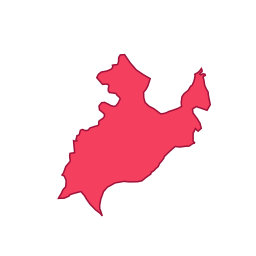 outline of Ughelli South, Delta, Nigeria, rotated 66°
{"feature_id": "59680162B30773939854921", "entity_name": "Ughelli South", "entity_type": "district", "adm_level": 2, "iso_a3": "NGA", "parent_name": "Nigeria", "parent_adm1": "Delta", "projection": "robinson", "projection_center": [5.889, 5.347], "detail": "fine", "context": "isolated", "style": "filled", "palette": "rose", "viewbox_px": 256, "rotation_deg": 66, "n_neighbors": 0, "source": "geoboundaries", "source_scale": "gbopen_adm2", "svg_char_len": 2473}
<svg xmlns="http://www.w3.org/2000/svg" viewBox="0 0 256 256"><g transform="rotate(66 128 128)"><path d="M161.8,217.2L163.0,219.0L164.0,220.2L164.8,218.0L165.4,216.8L166.2,214.5L166.2,213.0L166.2,211.5L166.3,210.1L165.3,207.9L165.8,203.5L166.8,197.4L167.4,196.6L168.8,196.3L172.0,195.3L175.6,194.9L178.9,194.3L182.3,193.6L189.6,190.9L194.7,188.1L195.1,188.0L197.9,187.3L191.7,186.6L190.8,186.8L187.4,185.5L181.8,181.7L176.1,176.2L173.7,171.1L173.2,165.3L172.9,162.2L175.0,153.7L178.0,148.2L181.0,141.0L181.9,136.7L180.8,132.9L179.8,128.2L179.4,126.0L178.0,124.8L177.6,122.0L176.7,119.7L176.3,118.9L175.5,116.0L173.3,113.7L172.1,111.0L170.1,107.5L169.0,106.8L167.2,102.1L165.4,96.8L164.1,92.4L166.4,88.5L167.9,83.5L169.4,79.4L168.6,75.3L168.5,74.7L168.9,73.6L168.5,73.2L168.4,73.1L166.6,73.9L159.4,70.7L155.9,66.6L158.3,65.9L159.4,65.2L158.1,61.2L153.0,60.3L147.4,61.0L146.3,61.3L140.8,62.5L136.9,61.4L136.8,60.7L136.2,57.0L140.0,52.8L140.7,52.1L144.0,48.6L140.2,43.4L136.4,42.5L131.3,41.4L127.7,40.2L123.9,40.6L120.3,40.6L116.2,39.5L115.1,39.2L113.4,38.9L112.0,38.6L111.3,38.0L111.6,37.0L111.4,36.0L110.3,35.8L109.3,36.8L109.0,37.8L109.0,39.8L107.9,40.6L107.3,39.6L106.6,37.4L105.1,36.8L103.5,36.8L105.0,39.3L105.7,41.4L106.1,45.2L107.1,45.3L108.9,46.4L110.4,47.4L112.2,48.9L115.0,51.9L115.3,53.7L118.1,57.7L119.4,62.7L121.4,66.0L124.2,67.7L126.0,68.9L130.1,70.3L130.4,74.4L130.1,78.3L130.0,79.7L129.5,84.1L129.7,86.8L129.1,90.2L128.3,92.4L120.8,96.6L116.7,99.9L111.6,102.0L106.5,101.2L101.7,99.2L99.9,95.6L97.3,92.4L94.8,90.2L91.9,87.6L88.5,90.2L84.3,93.1L78.3,96.8L69.5,99.5L59.6,101.3L58.1,105.3L59.8,107.8L61.7,108.8L63.4,109.6L65.6,111.5L65.6,112.6L64.7,114.9L64.3,116.7L65.9,117.0L67.4,119.0L67.4,123.7L66.0,129.9L67.0,133.3L69.3,136.1L77.8,133.5L78.7,130.8L79.8,128.8L81.6,128.2L83.8,129.9L86.0,130.9L88.0,130.6L89.1,128.8L91.5,125.0L93.6,124.7L95.9,123.6L98.1,123.2L101.0,126.6L103.0,130.2L102.3,132.4L100.4,134.7L98.0,136.5L95.0,139.0L94.2,141.9L96.1,145.6L99.9,146.7L102.0,145.5L105.7,143.9L108.0,145.0L109.1,147.3L109.7,151.3L110.8,152.5L112.9,153.2L113.6,154.7L113.0,157.6L112.5,162.6L113.7,165.3L113.4,167.2L112.5,168.6L110.8,170.2L110.7,172.4L114.3,175.3L114.4,178.0L115.8,178.8L117.1,180.1L118.8,179.8L118.6,180.9L118.2,182.0L117.4,182.9L128.8,186.8L127.6,191.3L129.8,192.7L134.9,194.3L137.9,200.5L142.8,205.2L144.1,207.4L146.1,205.7L151.0,205.9L156.4,208.9L157.8,212.3L160.9,215.9L161.8,217.2Z" fill="#f43f5e" stroke="#9f1239" stroke-width="1.5"/></g></svg>